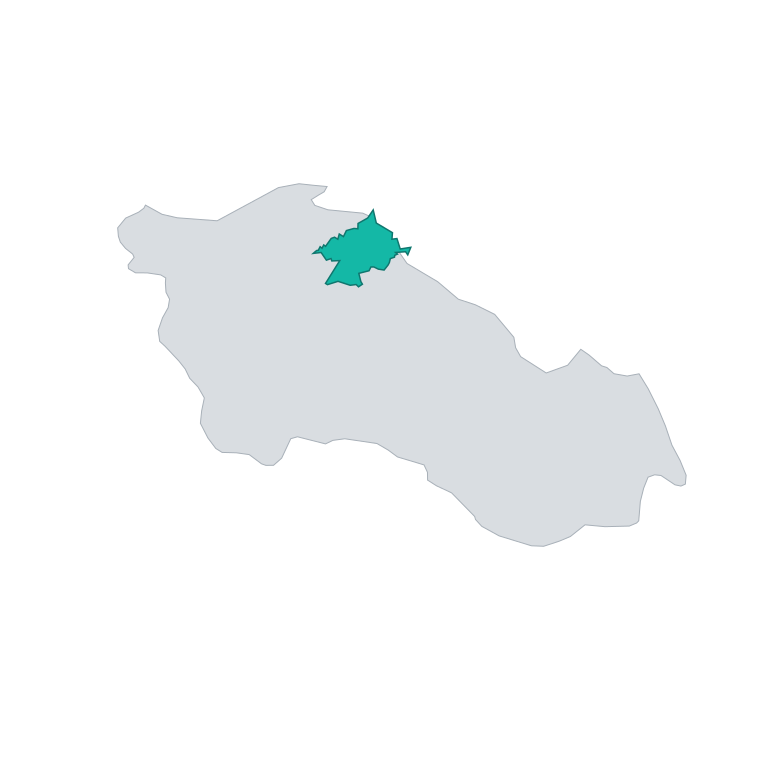 Fier, Fier, Albania shown in context, rotated 122°
{"feature_id": "67620474B94080737422449", "entity_name": "Fier", "entity_type": "district", "adm_level": 2, "iso_a3": "ALB", "parent_name": "Albania", "parent_adm1": "Fier", "projection": "natural_earth1", "projection_center": [19.572, 40.718], "detail": "fine", "context": "in_parent", "style": "filled", "palette": "teal", "viewbox_px": 768, "rotation_deg": 122, "n_neighbors": 0, "source": "geoboundaries", "source_scale": "gbopen_adm2", "svg_char_len": 2254}
<svg xmlns="http://www.w3.org/2000/svg" viewBox="0 0 768 768"><g transform="rotate(122 384 384)"><path d="M250.3,235.5L250.8,225.3L253.3,209.1L251.9,203.7L253.4,194.4L248.4,182.0L240.2,173.1L248.1,157.3L259.7,138.3L270.4,123.2L283.3,107.4L292.0,92.3L301.3,79.4L309.2,75.4L313.2,78.1L315.3,83.8L314.8,100.6L317.6,106.4L323.1,110.7L334.7,108.6L347.7,104.4L365.0,95.5L368.0,96.1L374.5,100.7L387.9,121.0L396.9,138.9L414.5,145.1L424.3,152.0L437.0,162.6L443.1,173.3L451.8,205.9L452.9,225.6L450.4,234.6L448.3,236.9L440.5,269.0L442.5,285.4L442.4,296.1L435.8,300.4L431.4,307.2L438.7,333.9L437.8,345.3L438.2,358.4L451.2,388.2L458.9,397.5L465.8,401.9L474.6,429.4L479.8,434.1L501.1,431.5L511.5,434.6L515.6,441.1L516.6,445.6L515.3,460.9L520.6,472.8L527.8,485.0L527.8,492.5L523.1,504.7L514.6,518.9L503.4,524.4L491.0,529.0L485.1,540.1L482.1,551.8L476.6,560.6L473.2,570.1L468.0,589.7L466.7,596.8L458.3,603.9L445.3,606.9L433.6,607.5L425.7,610.8L421.7,617.5L414.2,622.9L409.7,625.3L409.8,631.2L415.2,643.6L421.4,653.7L421.6,661.8L418.6,664.1L409.0,663.0L407.0,666.0L406.0,675.0L403.4,682.8L399.5,687.5L392.7,692.6L380.2,691.0L368.4,683.2L362.2,680.8L358.7,681.1L357.7,662.1L352.6,647.4L334.0,612.0L273.4,577.6L259.2,562.2L252.9,549.2L246.7,536.9L252.7,536.6L258.6,539.7L266.2,543.4L269.2,537.3L266.0,523.9L250.4,492.6L249.2,483.9L256.9,457.8L269.6,428.4L268.8,392.7L272.7,365.9L268.4,348.4L266.3,327.0L275.6,298.6L283.5,291.6L288.4,282.6L288.7,252.3L270.8,238.2L250.3,235.5Z" fill="#d9dde1" stroke="#a8b0b8" stroke-width="1"/><path d="M261.9,432.3L253.9,433.7L260.9,441.8L253.8,450.1L257.0,454.0L251.2,457.0L251.6,475.8L242.1,485.4L251.9,485.8L261.6,491.1L266.2,488.4L268.0,491.9L273.8,497.2L280.5,496.5L280.5,501.4L285.7,499.9L285.7,503.7L288.5,505.9L298.2,506.5L298.0,508.8L301.7,508.5L301.4,510.9L302.8,510.8L305.1,510.6L305.4,510.5L306.3,511.7L307.7,512.3L310.7,513.2L305.8,507.0L309.5,498.5L305.7,495.4L307.3,493.5L302.8,486.9L329.7,486.9L329.7,484.6L321.3,477.4L318.2,465.0L314.4,460.3L315.1,457.1L310.8,455.2L309.4,457.9L303.5,464.0L295.9,456.7L291.7,457.1L290.1,454.6L289.6,449.7L287.3,444.3L281.0,443.6L278.2,443.8L274.3,445.1L270.9,442.3L269.2,443.1L266.7,441.4L266.3,443.9L260.4,435.8L261.9,432.3Z" fill="#14b8a6" stroke="#0f766e" stroke-width="1.5"/></g></svg>